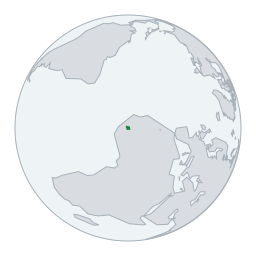 the Earth from above Dinguiraye, rotated 87°
{"feature_id": "GIN-5634", "entity_name": "Dinguiraye", "entity_type": "Prefecture", "adm_level": 1, "iso_a3": "GIN", "parent_name": "Guinea", "parent_adm1": "", "projection": "orthographic", "projection_center": [-10.675, 11.582], "detail": "fine", "context": "on_globe", "style": "filled", "palette": "green", "viewbox_px": 256, "rotation_deg": 87, "n_neighbors": 0, "source": "natural_earth", "source_scale": "10m", "svg_char_len": 8690}
<svg xmlns="http://www.w3.org/2000/svg" viewBox="0 0 256 256"><g transform="rotate(87 128 128)"><circle cx="128" cy="128" r="113" fill="#eef3f6" stroke="#a8b0b8"/><path d="M94.9,20.3L94.6,20.5L85.1,24.9L87.3,24.2L85.2,25.8L86.9,25.7L84.7,26.9L88.0,25.8L89.7,24.8L91.8,24.1L93.0,24.0L90.3,25.4L89.3,25.6L89.2,26.0L87.3,26.8L88.9,26.4L85.5,28.3L90.6,26.4L89.4,28.0L86.6,29.2L84.7,29.1L73.6,32.8L70.2,34.7L67.4,37.2L66.9,41.5L64.1,43.9L62.0,47.0L64.5,45.5L67.1,42.6L71.3,41.0L74.0,38.0L76.1,37.1L79.7,34.3L81.5,34.9L81.3,37.1L78.4,39.5L78.3,40.7L83.0,38.7L79.4,44.0L80.3,49.1L79.1,50.7L73.3,52.6L68.5,51.3L61.0,55.2L68.2,53.0L65.1,57.5L65.6,58.6L67.2,58.7L69.3,57.2L68.7,59.0L61.4,61.5L61.8,59.8L64.1,59.0L61.8,58.6L56.8,60.9L55.6,63.3L49.3,65.2L48.4,67.1L46.5,68.8L48.4,65.6L44.9,71.6L37.3,76.8L32.4,88.1L34.6,78.7L33.8,77.0L32.4,76.3L31.5,78.1L30.9,75.6L28.1,78.4L24.0,86.9L21.8,94.2L22.8,95.7L24.6,92.3L26.2,92.4L21.9,102.2L24.2,105.4L22.2,113.2L22.5,117.8L24.4,117.6L26.1,120.5L28.5,116.4L31.7,114.9L30.7,121.4L33.4,116.0L34.6,119.7L41.7,121.4L40.9,122.7L46.8,132.0L54.8,137.0L56.7,142.1L55.6,144.9L58.7,146.3L58.8,148.2L72.9,153.2L81.4,159.0L81.9,165.6L76.5,172.4L75.3,187.3L66.5,190.8L66.9,196.5L64.5,204.0L58.8,202.2L63.1,206.8L62.1,208.7L59.2,208.1L61.0,210.9L58.9,210.4L61.9,212.7L62.1,215.5L66.2,218.8L67.2,220.9L70.0,222.8L69.1,222.5L69.1,222.8L70.2,223.7L65.9,221.3L60.6,217.2L59.2,215.5L57.9,214.8L54.5,210.2L54.4,210.9L48.1,202.9L45.0,196.5L36.7,176.1L34.2,171.5L29.0,165.0L22.4,147.3L22.9,141.2L22.0,137.7L25.0,129.6L25.0,120.6L24.2,118.9L22.9,121.7L20.8,114.7L21.3,107.6L21.2,92.3L22.0,89.8L25.0,82.4L28.5,75.2L32.5,68.2L37.0,61.6L42.0,55.2L47.4,49.3L53.2,43.8L59.4,38.6L66.0,34.0L72.8,29.8L80.0,26.1L87.3,23.0L94.9,20.3ZM30.7,91.8L33.4,99.2L30.4,98.8L31.3,98.0L30.9,95.2L29.6,92.3L27.4,92.5L30.7,91.8ZM35.2,86.5L34.6,85.7L35.4,86.0L35.2,86.5ZM78.4,34.2L79.0,34.3L78.0,34.8L78.4,34.2ZM79.4,33.1L77.9,33.6L78.1,33.2L79.1,32.8L79.4,33.1ZM81.3,32.6L78.7,32.3L79.2,31.6L83.3,29.8L81.3,32.6ZM89.8,24.5L88.0,25.6L88.4,24.8L89.8,24.5ZM89.5,24.3L87.8,23.5L91.0,22.1L90.9,22.5L94.3,21.0L96.7,20.7L95.4,21.4L92.8,22.3L95.7,21.6L89.5,24.3ZM92.6,23.7L92.0,23.6L94.8,22.4L96.6,22.4L95.1,22.8L92.6,23.7ZM93.9,20.9L96.3,20.1L98.9,19.6L100.2,19.3L97.0,20.6L93.9,20.9ZM95.1,23.0L97.4,22.5L97.2,23.1L93.5,23.8L95.1,23.0ZM94.7,22.1L96.1,21.5L95.9,21.8L94.7,22.1ZM97.7,25.3L96.9,25.0L98.3,24.2L97.7,25.3ZM98.3,22.3L98.3,22.1L98.8,21.8L100.2,21.7L98.3,22.3ZM99.1,20.2L99.7,20.2L100.5,19.6L102.5,19.4L100.0,20.4L102.0,19.8L102.6,19.8L99.9,20.7L99.1,20.2ZM103.0,20.8L100.6,22.2L101.8,22.9L100.6,23.5L98.8,22.3L103.0,20.8ZM101.4,20.6L102.1,20.8L100.3,21.3L98.7,21.6L101.4,20.6ZM104.8,18.9L102.4,19.0L103.0,18.8L104.8,18.9ZM103.8,20.8L104.3,20.5L104.1,20.8L103.8,20.8ZM104.9,19.3L103.9,19.3L104.7,19.1L104.9,19.3ZM106.3,19.9L105.5,20.3L104.3,20.4L106.3,19.9ZM105.9,19.5L107.2,19.2L104.4,20.2L105.4,19.6L105.9,19.5ZM105.7,19.1L105.8,19.0L106.0,19.1L105.7,19.1ZM111.1,19.4L107.9,20.6L105.3,20.8L108.8,19.5L111.1,19.4ZM74.4,225.9L66.8,221.9L70.5,223.9L70.1,223.0L75.1,225.7L74.4,225.9ZM74.3,223.7L75.5,223.4L76.7,224.0L76.1,224.3L74.3,223.7ZM234.6,91.7L236.3,97.4L238.8,108.0L239.5,113.4L235.7,99.8L232.2,90.3L232.0,91.9L227.1,85.2L222.1,87.7L220.4,85.5L219.7,87.2L216.1,85.7L213.0,82.1L211.3,83.1L219.2,92.6L220.9,91.7L220.9,86.8L222.9,90.6L226.2,93.1L226.2,104.1L217.1,116.8L214.5,109.1L198.7,90.1L198.2,87.7L198.0,87.4L197.7,87.0L198.1,91.1L194.8,87.4L205.1,100.8L207.5,107.1L217.0,117.3L216.5,118.8L219.1,120.7L225.1,115.5L225.5,118.2L223.7,131.7L213.8,151.5L214.2,162.5L211.8,172.3L203.5,180.3L202.1,187.4L197.5,190.7L195.8,194.8L190.9,199.7L183.5,204.7L173.3,206.3L174.3,202.8L171.8,196.4L169.0,179.7L173.3,171.2L173.1,164.9L165.5,151.5L167.3,143.2L164.9,140.1L160.0,141.4L157.0,137.7L153.9,137.8L133.3,142.1L126.0,137.3L114.8,121.7L117.8,115.1L116.5,107.7L135.6,81.8L141.6,82.7L158.9,77.9L161.4,78.5L161.6,84.2L176.3,89.3L178.5,84.2L189.6,86.3L195.6,85.1L193.9,74.5L184.0,76.4L180.1,71.8L186.3,66.2L194.6,65.2L193.4,63.5L186.3,60.4L186.4,56.9L183.7,59.2L186.1,60.7L184.5,62.4L182.1,61.1L182.2,59.8L179.2,59.5L179.5,66.4L182.0,68.7L175.2,71.1L178.8,75.3L177.6,77.7L171.1,71.6L170.3,69.2L159.7,63.4L160.0,66.1L169.9,71.9L167.6,71.7L168.0,76.0L165.9,72.5L155.0,66.1L147.6,68.7L141.4,80.0L136.4,81.5L130.8,79.9L129.8,69.2L141.1,67.4L140.9,64.1L135.9,60.0L139.7,59.9L139.1,58.2L143.0,57.5L145.9,52.9L149.6,52.0L148.1,46.9L149.8,46.0L150.2,49.1L152.4,51.1L161.1,49.6L162.0,48.4L160.4,45.3L163.0,45.5L160.3,42.8L164.0,41.1L157.2,41.1L155.1,38.1L155.9,35.6L154.0,34.8L152.6,39.0L153.2,40.8L155.6,42.2L156.1,47.7L153.6,49.0L148.5,43.7L144.5,45.1L142.3,40.8L147.3,31.2L150.8,29.2L161.9,31.5L162.6,33.2L159.0,33.2L164.7,35.7L163.1,34.3L165.3,34.6L163.8,32.3L165.3,32.5L161.3,30.1L163.0,30.1L165.4,31.6L164.6,28.6L167.3,28.3L166.4,27.6L164.7,26.9L169.3,27.2L168.4,26.7L166.6,26.4L163.7,25.3L160.4,23.5L162.2,23.7L163.6,24.3L169.2,26.2L172.8,28.2L173.2,28.2L170.5,26.5L163.6,24.2L161.1,23.1L164.3,23.9L163.0,23.5L162.3,23.1L163.2,22.9L159.7,22.0L149.7,18.1L150.6,17.8L154.6,18.7L150.4,17.6L158.5,19.6L166.5,22.1L174.3,25.3L181.8,29.0L189.0,33.3L195.9,38.1L202.4,43.4L208.4,49.2L214.1,55.4L219.3,62.0L223.9,68.9L228.0,76.2L231.6,83.8L234.6,91.7ZM131.4,94.6L131.5,96.8L131.4,94.6ZM205.2,69.7L209.0,69.0L204.3,63.4L205.4,62.8L203.3,61.2L203.9,63.0L198.5,58.8L199.1,56.7L197.1,54.3L195.7,54.5L195.5,59.2L203.2,65.0L203.6,67.8L205.2,69.7ZM42.0,121.4L42.7,122.9L41.5,122.6L42.0,121.4ZM29.3,101.3L30.2,101.8L30.4,103.0L29.6,103.0L29.3,101.3ZM39.0,104.8L40.5,105.8L38.6,105.9L39.0,104.8ZM34.0,100.2L37.8,104.3L34.3,105.2L32.1,102.8L34.1,102.8L34.0,100.2ZM33.2,89.9L33.6,90.6L33.0,91.7L33.2,89.9ZM35.8,86.7L35.5,86.7L35.6,85.7L35.8,86.7ZM65.6,57.4L66.1,57.3L67.4,57.8L66.1,58.3L65.6,57.4ZM77.0,56.3L75.9,59.2L75.8,57.3L73.8,58.4L71.2,56.1L78.4,51.4L75.6,53.8L77.0,56.3ZM69.7,52.2L70.6,53.9L69.4,52.2L69.7,52.2ZM131.5,50.4L133.7,51.2L133.5,53.2L128.8,55.2L129.1,52.2L131.5,50.4ZM136.9,51.9L133.1,46.6L135.8,45.4L134.9,46.9L137.1,46.7L136.3,49.1L142.6,53.6L142.8,55.7L134.2,57.7L136.9,55.7L134.5,54.9L136.9,51.9ZM118.6,38.1L117.0,36.6L125.0,35.9L125.6,37.4L121.0,39.2L117.6,38.6L118.6,38.1ZM89.0,29.8L87.9,29.9L88.6,29.4L90.2,29.0L89.0,29.8ZM97.2,25.2L94.7,29.3L93.3,29.5L93.5,32.1L89.9,33.7L89.8,31.9L87.2,35.3L85.7,34.3L84.3,36.7L84.6,32.5L83.2,32.0L86.2,31.8L89.6,30.3L90.6,29.5L92.5,27.0L91.1,25.6L94.2,24.2L96.8,23.5L97.6,23.6L95.3,24.5L98.1,24.1L95.4,25.4L97.2,25.2ZM125.5,21.4L122.5,21.5L127.5,22.3L124.9,23.1L125.6,23.1L124.6,24.1L124.6,25.5L123.0,25.8L123.7,26.3L123.0,27.0L123.4,27.8L120.8,28.6L121.1,29.7L119.7,29.5L120.8,31.2L118.8,30.4L117.7,31.5L120.3,31.8L105.2,35.8L100.5,38.7L97.7,41.8L94.5,40.3L95.2,36.7L98.1,32.7L103.1,30.3L100.7,30.2L102.4,29.2L103.6,29.6L102.9,28.3L104.6,27.6L107.1,25.0L105.0,23.8L105.9,23.0L107.6,23.1L107.3,22.2L111.0,21.9L111.7,21.4L116.1,20.7L118.9,21.5L119.5,20.9L122.8,20.6L125.5,21.4ZM112.3,19.3L116.3,19.7L116.7,20.4L108.9,21.3L107.7,21.8L102.7,22.7L102.2,21.7L103.6,21.5L104.9,21.1L104.6,21.6L105.9,20.9L107.9,20.7L109.5,20.2L110.3,20.4L112.3,19.3ZM163.0,76.2L164.7,76.2L167.1,75.7L167.3,78.5L163.0,76.2ZM155.5,71.8L156.8,71.3L158.4,74.7L156.6,74.9L155.5,71.8ZM156.3,68.3L156.8,71.0L155.4,69.6L156.3,68.3ZM151.3,48.6L152.6,48.0L153.2,48.7L153.1,49.9L151.3,48.6ZM140.0,25.1L138.2,24.8L138.2,24.5L135.3,23.2L137.0,22.8L139.5,23.4L140.0,25.1ZM193.0,76.6L192.0,78.9L190.8,78.1L191.4,77.4L193.0,76.6ZM179.6,78.8L183.3,79.5L179.7,79.5L179.6,78.8ZM141.4,24.4L140.0,23.9L141.7,24.0L141.4,24.4ZM138.2,22.4L140.0,22.4L136.9,22.6L138.2,22.4ZM223.2,167.5L214.4,185.5L211.3,186.5L212.4,181.8L216.7,171.2L220.8,167.3L223.3,162.1L223.2,167.5ZM240.0,115.9L240.0,116.1L239.0,108.9L239.5,112.0L240.0,115.9ZM154.3,21.9L156.5,23.9L159.2,25.6L162.5,26.6L158.7,26.3L154.6,23.7L154.3,21.9ZM150.1,18.5L147.2,17.9L147.8,17.8L148.6,18.0L150.1,18.5ZM148.8,18.4L146.5,18.4L144.4,18.0L146.7,18.0L148.8,18.4ZM144.1,20.8L144.6,21.4L143.2,21.2L144.1,20.8Z" fill="#d9dde1" stroke="#a8b0b8" stroke-width="1"/><path d="M127.5,126.7L127.5,126.8L127.7,127.0L127.8,127.0L127.7,127.1L127.8,127.2L127.9,127.3L128.0,127.4L128.1,127.2L128.3,127.1L128.3,126.9L128.5,126.9L128.8,126.7L128.8,126.8L129.0,126.8L129.3,126.9L129.3,127.0L129.5,127.1L129.4,127.1L129.1,127.4L128.9,127.5L129.0,127.7L129.1,127.8L129.2,128.1L129.2,128.4L128.8,128.3L128.7,128.2L128.6,128.3L128.6,128.6L128.6,128.8L128.4,128.8L128.2,128.8L128.1,128.7L127.9,128.8L127.7,129.0L127.3,129.2L127.2,129.3L127.1,129.2L126.6,129.1L126.8,128.9L126.9,128.7L126.9,128.4L127.0,128.3L127.1,128.2L127.1,127.9L127.1,127.7L127.1,127.4L127.0,127.2L127.2,126.9L127.3,126.8L127.4,126.7L127.5,126.7Z" fill="#22c55e" stroke="#15803d" stroke-width="1.5"/></g></svg>